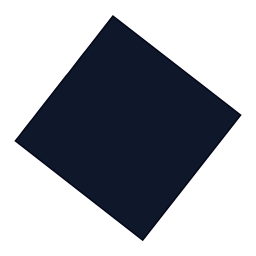 the district of Harlan, Nebraska, United States of America, rotated 128°
{"feature_id": "52423323B42247307732107", "entity_name": "Harlan", "entity_type": "district", "adm_level": 2, "iso_a3": "USA", "parent_name": "United States of America", "parent_adm1": "Nebraska", "projection": "equal_earth", "projection_center": [-99.371, 40.176], "detail": "fine", "context": "isolated", "style": "filled", "palette": "ink", "viewbox_px": 256, "rotation_deg": 128, "n_neighbors": 0, "source": "geoboundaries", "source_scale": "gbopen_adm2", "svg_char_len": 448}
<svg xmlns="http://www.w3.org/2000/svg" viewBox="0 0 256 256"><g transform="rotate(128 128 128)"><path d="M207.3,47.4L48.5,47.2L49.1,208.8L49.9,208.8L50.1,208.8L93.7,208.7L94.7,208.8L95.1,208.8L96.6,208.8L101.1,208.8L121.3,208.6L125.1,208.8L128.4,208.8L168.2,208.8L169.6,208.8L170.9,208.8L181.1,208.7L182.4,208.8L194.4,208.8L201.0,208.7L204.1,208.7L204.8,208.8L207.5,208.8L207.3,47.4Z" fill="#0f172a" stroke="#020617" stroke-width="1.5"/></g></svg>